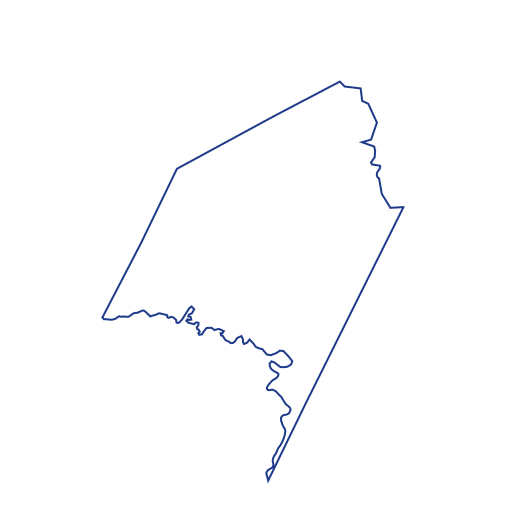 Armstrong, Pennsylvania, United States of America (orthographic projection), rotated 206°
{"feature_id": "52423323B60560840330352", "entity_name": "Armstrong", "entity_type": "district", "adm_level": 2, "iso_a3": "USA", "parent_name": "United States of America", "parent_adm1": "Pennsylvania", "projection": "orthographic", "projection_center": [-79.507, 40.848], "detail": "fine", "context": "isolated", "style": "outline", "palette": "blue", "viewbox_px": 512, "rotation_deg": 206, "n_neighbors": 0, "source": "geoboundaries", "source_scale": "gbopen_adm2", "svg_char_len": 3356}
<svg xmlns="http://www.w3.org/2000/svg" viewBox="0 0 512 512"><g transform="rotate(206 256 256)"><path d="M144.9,364.5L145.1,364.5L156.3,358.2L170.2,367.0L179.4,379.7L180.1,379.7L181.8,380.4L182.7,381.4L183.4,382.8L183.7,384.3L183.5,386.4L183.1,388.1L183.2,389.8L183.7,391.2L184.1,391.5L191.7,389.2L193.7,390.5L192.6,396.7L195.0,402.7L197.8,406.2L210.6,404.7L203.6,411.0L205.8,428.9L221.9,442.1L228.5,441.9L235.4,452.5L250.6,447.2L257.1,449.5L299.4,392.0L309.1,378.5L365.3,299.7L365.0,217.3L367.1,133.4L364.8,132.5L363.7,133.2L358.5,135.1L356.6,136.3L354.9,137.9L354.5,138.6L353.8,139.9L353.5,140.3L353.3,140.8L352.4,141.9L351.1,142.1L349.7,142.7L348.7,143.5L348.0,143.8L346.5,144.3L345.3,144.9L344.3,145.3L343.6,146.0L343.4,146.4L343.1,146.9L342.7,147.5L342.0,149.1L340.9,150.8L339.7,151.9L338.9,152.3L337.4,153.1L337.0,154.0L335.8,155.2L334.8,156.5L333.8,157.5L332.3,157.7L330.7,157.4L329.0,156.9L328.0,156.3L326.1,156.2L325.0,155.3L324.2,155.5L323.8,156.2L321.8,158.0L320.2,159.4L319.1,160.7L318.9,161.1L318.3,161.8L317.2,162.3L316.0,162.6L314.0,163.0L311.8,163.4L310.9,163.9L309.6,163.7L309.3,162.8L309.0,162.2L308.0,162.0L307.3,162.2L306.6,162.9L305.6,164.2L303.1,164.5L300.0,163.6L299.0,162.5L298.5,161.6L297.5,161.3L296.6,161.7L295.7,162.8L294.5,167.0L293.6,175.8L293.1,179.6L291.8,182.4L288.2,181.0L288.5,176.3L290.4,174.3L290.5,172.2L289.5,172.3L288.1,172.6L286.3,170.4L288.2,169.1L289.6,169.3L290.2,167.2L287.4,166.4L283.6,167.2L281.6,167.7L281.2,169.2L279.8,170.6L278.3,170.7L277.4,168.2L278.0,166.1L276.6,164.4L275.3,164.7L273.3,163.3L274.0,161.4L272.4,160.3L270.2,161.9L269.8,165.9L268.8,169.7L264.4,172.0L261.0,171.2L257.4,174.2L254.3,174.3L252.0,174.3L252.4,171.8L254.0,171.0L252.6,169.3L250.9,169.6L246.7,167.1L242.4,167.1L240.6,166.6L238.6,167.7L237.4,170.2L237.0,174.1L234.0,177.6L230.9,175.1L230.0,172.9L228.1,171.7L226.0,174.2L225.2,178.1L220.3,176.4L216.3,174.2L212.3,174.4L209.6,175.1L203.0,172.2L199.3,173.3L195.2,177.6L193.0,181.4L189.7,182.6L182.9,180.1L177.3,177.4L176.9,173.9L179.2,170.3L181.4,168.8L183.0,167.9L185.4,166.9L192.9,168.4L195.9,168.1L196.6,165.2L195.4,163.3L193.5,161.5L192.7,161.1L191.1,160.7L188.9,160.3L185.5,160.3L184.3,159.9L183.8,159.2L183.6,157.6L184.1,155.5L184.7,154.4L185.1,153.9L185.7,152.9L186.4,151.9L186.6,151.5L186.7,151.1L187.1,150.3L187.8,147.8L188.0,146.9L188.2,146.1L188.5,144.5L188.4,142.3L188.1,141.5L186.7,140.8L185.2,141.2L184.2,142.0L183.0,142.9L180.4,143.2L178.7,143.0L177.0,142.4L176.6,142.2L175.8,141.8L175.2,141.6L173.9,141.2L172.7,140.8L171.5,140.5L170.1,139.4L168.8,138.7L167.2,137.7L165.2,136.4L164.3,136.0L163.2,135.6L162.3,135.5L161.1,135.2L160.1,134.9L159.3,134.6L158.7,134.3L157.8,133.3L157.4,132.2L157.4,129.0L157.7,128.5L158.9,127.0L161.6,124.9L162.4,123.4L162.6,121.6L162.2,120.7L161.9,120.2L161.5,119.6L161.3,119.1L160.7,118.4L159.6,117.5L158.8,116.4L156.8,114.8L155.5,113.8L154.6,113.5L153.7,112.6L153.1,111.7L152.7,111.0L152.2,109.4L151.6,107.4L151.3,105.2L150.9,101.4L151.0,100.3L151.0,99.0L151.0,97.1L151.4,95.2L151.8,92.9L151.6,89.2L151.6,86.5L152.1,83.9L151.7,80.5L151.4,79.7L151.0,78.9L150.5,78.2L150.0,77.6L149.0,76.3L148.4,75.0L148.7,72.8L149.0,72.2L149.8,71.2L150.9,69.7L151.2,69.1L151.5,68.4L151.7,66.1L151.2,64.8L150.4,63.9L148.9,62.2L147.1,60.1L146.6,59.5L146.7,144.8L146.0,227.5L145.6,277.1L144.9,364.5Z" fill="none" stroke="#1e3a8a" stroke-width="2"/></g></svg>